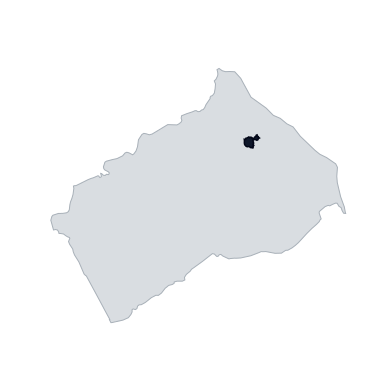 Atiwa West, Eastern, Ghana (highlighted), rotated 242°
{"feature_id": "2480657B65169023596143", "entity_name": "Atiwa West", "entity_type": "district", "adm_level": 2, "iso_a3": "GHA", "parent_name": "Ghana", "parent_adm1": "Eastern", "projection": "orthographic", "projection_center": [-0.601, 6.209], "detail": "fine", "context": "in_parent", "style": "filled", "palette": "ink", "viewbox_px": 384, "rotation_deg": 242, "n_neighbors": 0, "source": "geoboundaries", "source_scale": "gbopen_adm2", "svg_char_len": 5233}
<svg xmlns="http://www.w3.org/2000/svg" viewBox="0 0 384 384"><g transform="rotate(242 192 192)"><path d="M233.4,54.1L236.2,56.8L236.8,58.3L235.8,63.9L233.8,67.9L232.5,71.6L232.7,73.5L233.9,75.3L238.1,78.2L240.3,80.1L242.8,83.0L245.7,85.8L250.7,89.4L252.9,90.1L252.8,91.1L252.1,92.5L251.7,106.1L251.3,109.6L250.9,111.4L250.5,116.5L249.9,117.2L249.0,117.2L248.1,117.4L247.9,118.4L248.3,119.4L251.3,120.1L250.6,120.9L248.4,121.6L247.4,123.1L247.8,124.9L246.6,126.3L246.9,127.2L247.7,127.9L249.0,127.7L252.5,125.3L254.0,125.1L255.8,125.6L259.2,129.1L259.4,130.9L258.0,136.9L256.7,141.5L256.5,147.7L257.9,151.2L257.7,153.1L256.2,154.7L252.7,157.1L253.0,158.7L254.5,161.8L257.5,165.1L263.3,169.3L266.3,174.8L266.4,177.0L264.6,179.2L262.6,181.1L261.9,183.9L262.9,202.2L258.3,210.2L258.3,212.4L258.8,215.1L260.0,216.7L262.3,217.1L264.2,218.6L263.6,224.2L262.6,229.9L262.4,232.6L261.9,233.9L260.1,235.0L259.4,236.8L259.9,239.0L259.5,240.6L260.5,242.8L262.6,245.4L266.0,251.9L267.2,252.5L267.8,253.8L267.5,255.2L268.8,258.1L272.5,261.0L276.4,263.5L279.6,263.8L280.3,266.1L282.4,269.0L283.9,270.2L286.3,271.1L288.3,271.5L288.4,273.9L284.9,275.6L282.5,278.1L280.6,282.0L278.1,286.2L269.4,288.4L266.0,288.4L248.0,288.6L231.2,296.9L221.5,299.8L215.6,304.5L207.6,307.8L202.0,311.8L190.3,313.8L171.2,320.1L165.3,322.6L159.2,327.0L149.4,332.1L145.5,332.0L137.9,327.2L132.1,324.7L118.0,321.0L107.4,319.5L102.3,317.9L100.9,317.6L102.1,315.9L105.1,315.8L108.2,316.3L110.5,315.0L113.9,314.9L114.8,313.5L115.1,310.0L115.1,307.2L116.3,305.9L116.6,302.6L115.0,295.3L113.8,294.4L107.6,293.4L107.2,291.9L106.1,290.4L104.9,286.6L103.6,281.0L101.5,274.0L97.4,262.4L96.4,258.4L95.7,254.2L95.6,249.3L96.5,247.4L96.3,244.9L96.0,242.3L98.9,236.5L104.7,229.3L105.9,226.8L106.9,225.0L107.1,222.4L108.1,214.0L110.9,204.0L112.7,200.1L113.8,198.1L115.2,194.7L115.6,193.2L120.9,189.2L123.3,188.2L123.8,186.6L123.0,184.9L123.4,183.7L124.6,183.2L126.6,182.7L128.0,181.1L125.8,168.6L124.1,156.2L124.0,155.2L123.0,153.5L121.9,148.3L120.2,145.3L117.7,144.4L117.8,141.6L120.3,136.9L120.9,134.1L119.7,133.2L119.6,131.1L120.5,127.5L120.0,125.4L119.6,123.1L117.1,117.6L116.5,113.8L117.8,111.6L117.8,106.6L116.4,99.0L116.3,94.3L117.2,92.3L116.8,90.4L114.9,88.6L114.8,86.8L116.4,85.1L116.2,83.8L114.2,82.8L112.5,80.5L110.9,76.8L111.3,70.9L114.3,60.0L114.7,59.1L118.1,59.1L118.1,59.6L128.5,59.5L140.4,59.5L154.7,59.4L167.6,59.3L168.2,58.8L170.3,58.2L183.4,59.3L191.6,58.7L195.0,59.1L197.6,59.9L203.2,59.4L206.2,59.7L208.5,62.4L209.4,62.4L210.7,61.2L212.9,59.9L215.2,58.9L216.9,56.7L217.9,55.1L219.4,55.5L221.5,55.4L222.9,54.0L223.5,51.9L233.4,54.1Z" fill="#d9dde1" stroke="#a8b0b8" stroke-width="1"/><path d="M214.1,262.9L213.9,262.8L213.1,262.6L212.7,262.3L212.0,262.0L211.4,261.6L209.9,260.9L209.1,260.8L208.5,260.8L207.9,261.1L207.2,261.1L206.7,261.5L206.2,261.8L206.0,262.1L205.8,262.5L205.5,263.5L205.1,264.0L204.6,264.2L204.0,264.3L203.3,265.0L203.3,265.3L203.1,265.6L202.9,265.8L203.0,265.8L203.0,266.0L203.1,266.4L203.3,266.6L203.2,266.8L202.9,267.0L203.1,267.1L203.3,267.2L203.4,267.3L203.6,267.4L203.6,267.6L204.0,267.7L204.0,267.9L204.1,268.3L204.3,268.2L204.6,268.2L204.8,268.2L205.0,268.2L205.1,268.4L205.3,268.3L205.4,268.5L205.5,268.6L205.8,268.8L205.7,268.9L205.8,269.1L206.1,269.1L206.3,269.0L206.5,269.0L206.8,269.2L206.8,269.4L206.8,269.5L207.0,269.7L207.3,269.7L207.5,269.7L207.9,269.7L208.2,269.8L208.5,269.8L208.8,269.7L208.9,269.8L209.0,269.9L209.2,270.1L209.1,270.4L209.4,270.5L209.6,270.6L209.8,270.7L209.8,270.9L209.4,271.3L208.9,271.8L208.9,272.2L208.8,272.3L208.5,272.8L208.3,272.9L208.0,272.9L207.8,273.1L207.8,273.3L207.6,273.5L207.4,273.4L207.3,273.5L207.2,273.6L207.4,274.2L207.6,274.3L207.5,274.6L207.4,274.7L207.2,274.6L207.2,274.8L207.4,275.0L207.6,275.2L207.8,275.1L208.0,275.0L207.8,275.2L207.9,275.4L208.1,275.4L208.2,275.5L208.4,275.9L208.2,276.3L208.0,276.5L208.0,276.9L208.4,276.7L208.5,276.7L208.9,276.5L209.0,276.5L209.3,276.4L209.5,276.5L209.8,276.6L210.0,276.4L210.1,276.2L210.3,276.1L210.5,275.9L210.6,276.0L210.8,276.0L210.8,275.9L210.7,275.7L210.8,275.7L211.1,275.6L211.3,275.7L211.4,275.8L211.4,276.1L211.5,276.2L211.6,276.3L211.8,276.3L211.7,275.7L211.3,275.6L211.7,275.4L211.9,275.5L212.0,275.5L212.0,275.4L211.9,275.3L211.7,275.2L211.2,274.3L211.2,274.5L211.1,274.4L211.1,274.2L210.9,274.0L210.8,273.7L210.9,273.4L211.0,273.3L211.1,273.2L210.8,272.5L210.6,272.3L210.5,272.1L210.4,272.0L210.3,271.9L210.3,271.7L210.4,271.4L210.4,271.2L210.4,270.9L210.5,270.7L210.7,270.4L210.8,270.4L211.0,270.3L211.3,270.4L211.4,270.2L211.5,270.2L211.7,269.9L211.8,269.9L211.9,269.7L212.0,269.7L212.3,269.6L212.5,269.6L212.5,269.8L212.6,269.7L212.8,269.7L212.8,269.4L212.8,269.2L212.7,269.2L212.8,269.0L213.0,269.0L213.1,268.9L213.2,268.7L213.3,268.6L213.2,268.6L213.1,268.4L212.9,268.3L212.9,268.2L213.0,268.2L213.3,268.1L213.5,268.1L213.7,267.9L213.6,267.7L213.8,267.6L213.9,267.4L213.9,267.2L213.9,266.7L213.9,266.4L213.9,266.1L213.9,265.8L213.9,265.5L213.9,265.4L213.9,265.2L214.0,265.1L214.0,264.9L214.1,264.7L213.9,264.6L213.8,264.4L213.7,264.3L213.4,264.4L213.3,264.2L213.5,264.1L213.5,263.9L213.5,263.7L213.7,263.4L213.8,263.3L213.8,263.2L214.0,263.0L214.1,262.9L214.1,262.9Z" fill="#0f172a" stroke="#020617" stroke-width="1.5"/></g></svg>